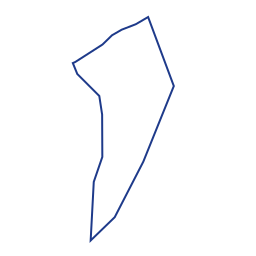 SVG path tracing the border of North Tyneside, rotated 265°
{"feature_id": "GBR-5662", "entity_name": "North Tyneside", "entity_type": "Metropolitan Borough", "adm_level": 1, "iso_a3": "GBR", "parent_name": "United Kingdom", "parent_adm1": "", "projection": "equal_earth", "projection_center": [-1.497, 55.026], "detail": "fine", "context": "isolated", "style": "outline", "palette": "blue", "viewbox_px": 256, "rotation_deg": 265, "n_neighbors": 0, "source": "natural_earth", "source_scale": "10m", "svg_char_len": 359}
<svg xmlns="http://www.w3.org/2000/svg" viewBox="0 0 256 256"><g transform="rotate(265 128 128)"><path d="M197.5,78.7L198.3,81.1L213.4,109.9L221.8,120.2L226.5,130.3L230.7,144.8L236.8,157.7L165.8,177.3L93.1,140.3L40.3,107.0L19.2,81.0L77.3,89.2L101.4,99.9L143.6,103.4L162.4,102.2L186.2,82.2L197.5,78.7Z" fill="none" stroke="#1e3a8a" stroke-width="2"/></g></svg>